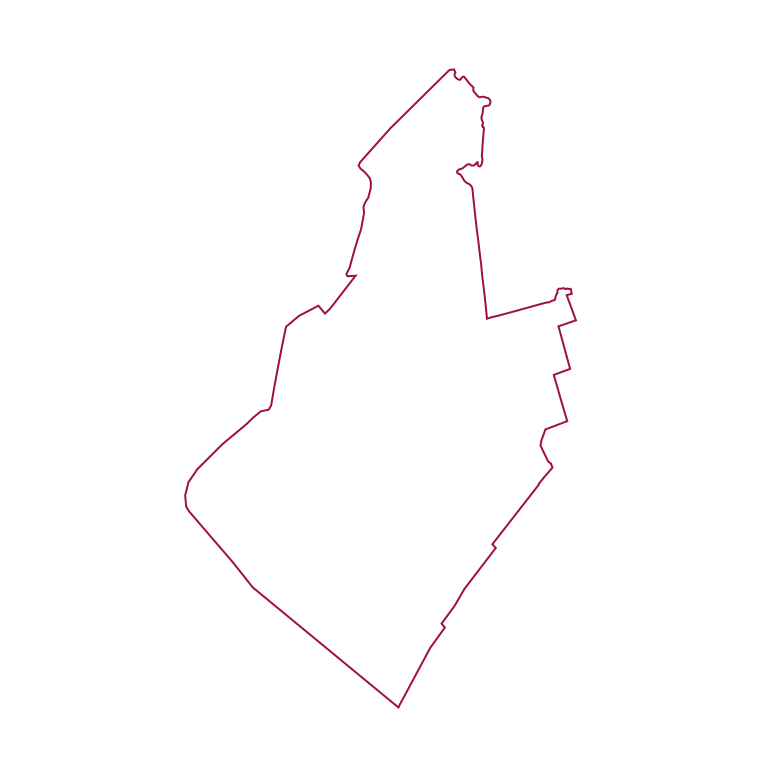 Vrani, Caras-Severin, Romania (Equal Earth projection), rotated 96°
{"feature_id": "2599482B45618500974221", "entity_name": "Vrani", "entity_type": "district", "adm_level": 2, "iso_a3": "ROU", "parent_name": "Romania", "parent_adm1": "Caras-Severin", "projection": "equal_earth", "projection_center": [21.437, 45.023], "detail": "fine", "context": "isolated", "style": "outline", "palette": "rose", "viewbox_px": 768, "rotation_deg": 96, "n_neighbors": 0, "source": "geoboundaries", "source_scale": "gbopen_adm2", "svg_char_len": 3113}
<svg xmlns="http://www.w3.org/2000/svg" viewBox="0 0 768 768"><g transform="rotate(96 384 384)"><path d="M704.2,335.8L701.2,334.8L691.8,330.9L641.5,310.4L619.8,298.0L616.3,301.7L597.1,290.5L579.6,282.7L535.3,255.7L532.1,259.5L468.1,219.6L467.6,219.8L461.0,215.7L449.5,207.7L445.6,209.8L443.8,212.7L428.9,221.9L423.9,221.6L412.3,218.7L401.8,197.9L384.6,205.0L357.2,216.1L349.5,200.5L308.4,216.5L300.6,199.8L293.0,203.5L276.5,211.6L274.6,206.7L269.8,208.3L269.9,208.7L270.3,210.1L270.3,210.8L269.9,211.5L270.0,212.1L270.5,212.9L270.6,213.2L270.5,213.9L270.0,214.8L269.9,215.4L270.8,218.3L270.9,219.9L271.1,220.2L271.7,220.8L272.0,221.0L273.4,221.3L274.9,221.0L275.5,221.1L277.2,222.0L278.0,222.2L281.3,222.7L282.5,223.0L282.8,223.3L283.2,224.3L283.4,225.2L284.3,226.8L285.5,228.2L285.7,229.7L286.2,231.6L297.5,260.3L304.5,278.5L306.1,283.4L308.3,288.4L297.5,290.6L286.8,292.9L265.4,297.8L254.8,299.9L243.4,302.6L233.0,304.9L221.4,307.7L202.9,311.8L180.0,316.6L177.8,318.1L176.2,320.3L175.6,322.0L175.1,323.1L174.2,324.5L173.2,325.6L171.8,326.5L170.3,327.6L168.2,329.5L167.6,330.3L167.0,332.2L166.7,332.9L166.1,333.3L165.5,333.5L164.9,333.4L164.0,333.0L163.1,332.2L162.5,331.3L162.4,330.5L162.0,329.6L161.4,328.7L160.3,327.3L157.3,324.5L156.8,323.7L156.5,322.5L156.6,321.6L156.9,320.9L157.4,320.2L157.5,319.7L157.4,318.4L157.3,317.8L156.9,316.9L156.1,316.3L153.9,314.7L153.7,314.5L153.6,314.3L153.6,314.1L154.0,313.9L154.8,313.9L155.7,313.8L156.5,313.4L157.1,313.1L157.6,312.1L157.6,311.3L157.4,311.0L156.8,310.6L156.1,310.2L154.8,309.8L153.5,309.6L151.2,309.5L150.2,309.6L149.2,309.8L147.9,310.3L146.6,310.6L142.7,310.6L138.2,310.9L131.0,311.1L119.6,311.3L118.2,311.7L118.1,311.8L118.3,312.0L118.3,312.5L118.1,312.7L117.7,313.0L117.1,313.2L116.2,313.4L115.5,313.0L115.0,312.9L113.6,312.9L113.2,313.1L110.9,314.4L110.3,314.6L109.0,314.9L108.4,314.9L106.6,314.7L104.9,314.3L103.8,314.2L99.5,314.3L98.8,314.2L98.3,314.0L97.5,313.4L97.2,313.0L96.2,309.3L96.0,308.8L95.6,308.4L95.0,308.1L93.5,307.7L92.5,307.7L91.8,307.7L91.1,308.0L89.6,309.0L88.9,310.1L87.9,315.2L88.1,316.2L88.6,317.7L88.7,318.5L88.8,318.9L88.6,319.6L88.3,320.3L87.3,321.5L84.0,325.0L83.0,325.8L82.1,326.0L80.3,326.0L79.9,326.0L79.4,326.4L77.1,329.5L75.0,331.7L71.6,334.9L70.2,336.4L70.0,336.8L69.9,337.0L70.4,337.8L71.4,338.8L73.1,339.8L73.5,340.2L73.6,340.6L73.4,341.6L72.9,343.0L71.6,344.7L70.9,345.4L70.4,345.8L69.6,346.1L68.6,346.2L68.0,346.1L67.4,345.8L67.0,345.5L63.8,347.2L64.9,351.8L128.9,404.3L165.9,430.9L169.2,432.1L172.2,430.0L173.9,427.3L175.8,424.8L178.0,422.4L180.3,420.2L181.1,419.5L185.2,418.0L191.2,417.7L200.6,419.2L202.9,420.5L205.3,421.6L207.8,422.4L210.4,422.9L216.2,421.7L232.7,423.0L242.5,425.2L252.4,427.1L262.3,428.8L272.2,430.4L278.3,432.8L279.1,432.7L279.8,432.4L280.3,431.8L280.6,431.1L279.3,423.6L314.8,445.5L320.1,450.1L313.0,457.4L325.1,475.6L337.3,487.4L357.2,489.4L377.2,491.1L397.2,492.7L417.2,494.0L421.6,496.0L424.1,503.7L431.4,510.9L438.0,516.3L460.7,538.4L488.2,560.7L502.1,568.2L515.6,570.1L526.7,567.9L531.2,564.4L577.0,515.8L600.0,493.3L704.2,335.8Z" fill="none" stroke="#9f1239" stroke-width="2"/></g></svg>